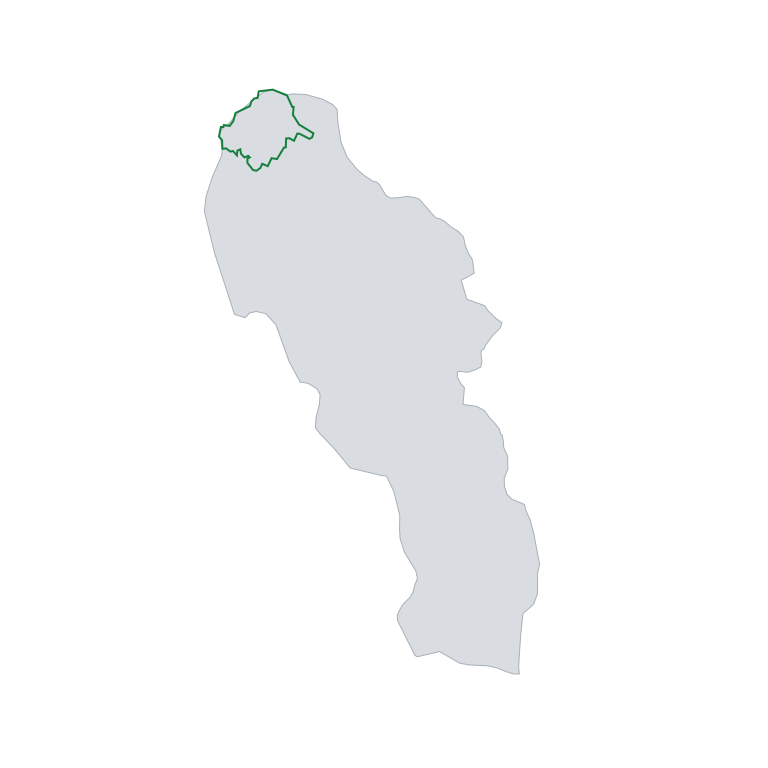 location of Bratislavský within Slovakia, rotated 75°
{"feature_id": "SVK-1051", "entity_name": "Bratislavský", "entity_type": "Region", "adm_level": 1, "iso_a3": "SVK", "parent_name": "Slovakia", "parent_adm1": "", "projection": "natural_earth1", "projection_center": [17.27, 48.331], "detail": "coarse", "context": "in_parent", "style": "outline", "palette": "green", "viewbox_px": 768, "rotation_deg": 75, "n_neighbors": 0, "source": "natural_earth", "source_scale": "10m", "svg_char_len": 2541}
<svg xmlns="http://www.w3.org/2000/svg" viewBox="0 0 768 768"><g transform="rotate(75 384 384)"><path d="M699.1,328.3L697.6,334.1L693.2,340.9L687.7,348.0L683.2,356.5L677.3,374.6L673.4,383.0L656.8,399.6L656.1,422.7L653.9,424.4L615.7,432.2L610.7,431.0L605.4,426.5L602.4,423.3L600.6,420.9L597.1,414.5L592.7,409.9L586.1,406.2L580.1,401.9L572.4,401.7L551.9,407.8L537.6,408.5L528.0,406.5L515.2,402.8L490.4,402.3L473.4,405.5L471.8,410.0L456.5,438.3L433.8,448.7L414.1,459.4L408.4,461.6L398.5,458.2L387.2,451.8L377.9,448.5L371.1,450.0L363.7,457.2L360.4,464.5L338.0,469.8L298.9,473.0L285.4,480.1L280.8,488.8L280.6,495.4L284.0,501.1L279.8,507.7L278.0,510.4L250.4,511.8L213.5,513.8L191.5,513.3L170.7,512.8L156.6,507.2L139.4,496.1L121.1,481.5L119.4,481.1L116.7,479.6L105.3,478.5L102.2,479.3L95.4,474.6L93.4,468.4L82.8,452.1L70.9,425.3L70.6,417.6L75.3,408.8L79.6,402.1L80.2,396.8L80.7,395.3L84.3,384.3L93.0,369.6L101.0,361.0L106.8,358.2L118.9,360.8L139.4,362.9L155.3,360.9L170.0,354.4L178.0,348.7L184.8,342.7L187.1,338.8L190.1,336.9L202.3,333.4L206.2,329.4L207.8,321.7L208.8,313.2L211.3,306.9L214.4,302.2L236.9,291.1L238.9,287.2L242.5,283.4L249.1,279.1L255.5,273.0L262.4,269.2L271.2,269.6L279.3,268.8L285.6,266.7L288.4,266.5L300.1,268.2L302.2,275.3L303.5,282.6L323.5,282.1L334.5,266.4L340.2,264.5L349.5,259.0L355.5,254.2L359.8,257.2L365.9,267.3L372.5,275.5L376.2,278.7L376.6,281.2L380.4,282.7L387.7,283.6L392.6,286.0L394.1,293.6L394.3,300.5L392.1,305.4L390.9,309.7L396.0,311.4L403.3,309.8L408.5,307.3L424.2,313.0L429.6,300.3L435.7,293.9L443.7,290.9L451.0,287.0L457.6,284.2L462.2,284.4L464.2,283.2L469.9,283.5L476.6,284.8L485.6,283.3L498.1,286.3L506.0,292.2L513.6,294.1L522.3,293.8L528.2,290.6L536.7,279.5L543.0,279.7L552.8,278.0L566.6,278.0L598.6,280.4L606.7,284.7L626.5,290.1L635.2,296.3L639.2,303.8L641.3,309.0L661.6,316.9L691.8,327.1L699.1,328.3Z" fill="#d9dde1" stroke="#a8b0b8" stroke-width="1"/><path d="M102.3,479.4L93.6,475.1L94.2,472.8L92.4,471.6L94.8,466.3L91.1,461.6L83.8,457.3L80.8,441.5L76.6,438.9L74.6,435.4L75.0,432.1L68.9,429.2L70.9,415.2L80.2,403.0L92.7,400.9L93.0,399.6L100.4,402.3L111.4,398.9L123.6,387.3L127.2,389.6L127.9,392.6L120.3,400.9L119.7,402.9L125.8,408.0L122.1,411.8L121.5,415.0L130.0,417.6L129.7,419.4L139.0,429.1L136.8,434.2L143.5,439.9L139.8,444.6L143.4,447.6L145.0,452.0L143.4,455.1L135.1,458.7L130.9,457.6L130.3,455.0L128.5,456.1L129.0,460.2L124.6,462.5L120.1,462.1L120.6,465.2L125.1,466.9L119.8,469.6L119.8,472.2L115.6,475.5L115.0,479.2L106.4,477.3L102.3,479.4Z" fill="none" stroke="#15803d" stroke-width="2"/></g></svg>